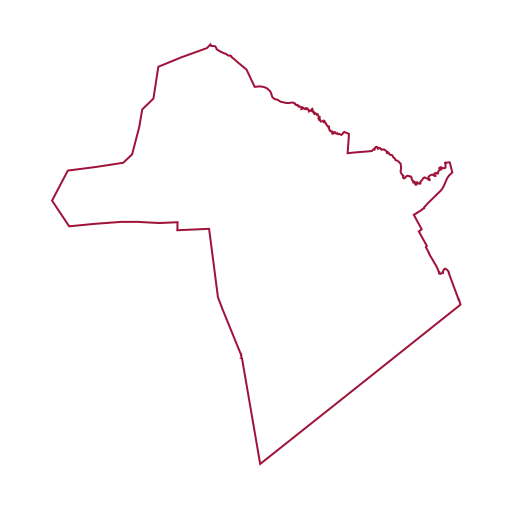 the district of Aa en Hunze, Drenthe, Netherlands, rotated 95°
{"feature_id": "6326949B44247735625274", "entity_name": "Aa en Hunze", "entity_type": "district", "adm_level": 2, "iso_a3": "NLD", "parent_name": "Netherlands", "parent_adm1": "Drenthe", "projection": "orthographic", "projection_center": [6.676, 52.981], "detail": "fine", "context": "isolated", "style": "outline", "palette": "rose", "viewbox_px": 512, "rotation_deg": 95, "n_neighbors": 0, "source": "geoboundaries", "source_scale": "gbopen_adm2", "svg_char_len": 5861}
<svg xmlns="http://www.w3.org/2000/svg" viewBox="0 0 512 512"><g transform="rotate(95 256 256)"><path d="M380.4,146.7L286.6,48.0L281.5,50.2L281.7,50.4L256.1,62.5L255.7,62.6L255.4,62.4L253.2,64.2L252.5,65.7L252.1,66.5L252.4,67.1L255.2,68.6L255.8,68.5L256.2,68.2L256.6,68.2L256.8,68.6L257.2,69.8L257.5,70.2L257.7,70.7L257.7,71.5L257.5,72.0L257.2,72.2L256.5,71.7L256.3,71.8L256.0,71.9L255.8,72.5L255.5,72.8L254.7,73.0L252.8,74.0L251.3,75.0L250.5,75.4L239.4,83.3L238.2,84.0L238.0,83.9L232.3,87.6L231.1,86.7L217.4,95.9L214.9,93.3L201.2,102.4L199.3,99.6L199.1,99.4L199.0,99.5L196.6,96.1L194.9,94.4L194.0,92.8L193.6,93.1L193.3,93.0L188.8,89.7L175.3,78.1L172.9,76.4L169.9,75.0L162.3,72.5L159.6,71.1L157.8,69.7L155.7,67.7L145.9,71.1L146.0,72.7L146.5,74.4L146.3,75.3L146.8,75.9L147.0,75.9L147.9,75.3L148.6,75.0L149.5,75.1L151.4,74.9L151.7,75.1L152.1,76.1L152.1,76.4L152.1,77.5L152.4,78.6L152.1,79.0L151.5,79.1L151.4,79.4L151.7,80.4L152.1,80.9L152.7,81.1L153.0,80.8L153.1,80.3L153.0,79.0L153.0,78.8L153.2,78.7L153.6,79.1L153.8,79.8L154.3,80.4L155.6,81.7L156.2,81.9L157.8,81.8L158.1,82.4L158.1,82.8L158.0,83.2L157.5,83.8L157.5,84.0L158.1,84.9L158.2,85.4L159.4,85.5L159.8,84.8L160.3,84.2L160.6,84.2L160.6,84.4L160.6,84.8L160.4,85.8L159.5,87.6L159.7,88.1L160.2,89.0L160.5,89.6L161.8,90.9L162.2,91.0L163.5,90.7L164.0,90.4L164.6,89.7L165.0,89.5L165.3,89.8L165.1,90.3L164.8,90.9L163.8,92.0L163.6,93.6L163.0,94.8L163.1,95.2L164.1,96.4L165.7,97.1L167.8,98.8L168.1,98.8L169.2,98.4L169.4,98.5L169.8,99.7L169.5,100.7L168.5,101.6L168.7,102.9L169.0,103.3L169.4,103.3L169.6,102.9L169.5,102.7L169.9,102.3L170.8,102.3L171.0,102.6L171.1,103.1L170.8,103.5L170.0,103.9L168.6,104.3L168.6,104.7L169.0,105.0L169.2,105.5L169.1,105.8L168.6,106.0L167.7,105.7L167.4,106.0L167.0,106.9L166.7,107.2L165.6,107.7L164.4,107.7L163.1,109.1L163.1,109.3L163.3,109.7L163.4,110.1L162.9,111.3L162.8,112.0L163.6,113.1L164.0,113.9L164.8,114.0L165.8,115.0L165.7,115.7L165.4,116.1L165.0,116.4L164.6,116.5L163.1,116.3L162.5,117.2L161.6,118.0L160.5,118.9L159.8,119.2L158.1,119.3L155.7,119.1L151.6,119.9L151.3,120.1L150.8,120.9L149.8,121.8L148.8,123.4L148.5,124.5L148.4,125.2L147.6,125.8L146.6,126.3L146.0,127.5L145.4,128.1L144.1,128.7L143.6,129.5L143.4,131.4L143.3,131.8L143.0,132.0L142.2,132.3L141.2,133.3L141.1,133.6L141.8,134.0L142.1,134.2L142.1,134.4L142.0,134.6L141.9,134.7L141.0,134.7L140.7,134.8L139.8,135.7L139.5,136.5L138.7,137.7L138.6,137.9L138.7,138.3L139.0,138.9L138.7,140.1L139.1,140.4L138.8,140.8L137.6,142.0L137.9,143.0L138.5,143.6L138.6,143.8L138.2,144.1L138.0,143.9L137.8,143.6L137.6,143.6L137.4,144.1L137.6,144.3L137.6,144.5L136.9,144.8L136.7,145.1L136.7,145.4L137.1,146.2L137.7,146.6L137.8,146.9L139.8,147.2L139.9,147.4L139.7,147.7L139.8,147.7L139.5,147.8L139.8,148.4L140.5,149.2L141.3,149.7L141.9,152.7L144.0,165.4L145.6,173.7L130.3,173.9L126.4,174.1L126.5,174.4L126.4,174.6L125.6,175.7L125.2,177.7L124.7,178.7L124.9,179.3L125.5,179.6L126.1,180.1L127.0,180.5L128.0,181.5L127.4,182.7L127.1,184.0L127.2,184.3L127.5,184.6L127.5,184.8L126.5,185.9L127.1,186.4L127.0,187.0L126.6,187.8L125.8,188.2L125.7,188.4L125.8,189.0L126.1,189.4L126.7,189.3L127.0,189.2L127.5,190.1L127.5,190.6L127.2,190.8L126.6,190.4L125.8,190.4L125.4,190.7L125.2,191.1L125.2,191.5L125.4,192.1L124.7,192.5L124.7,193.5L123.3,193.9L122.6,194.6L121.5,194.4L120.5,194.7L120.4,194.9L120.7,195.4L120.8,195.7L120.6,196.0L119.0,197.1L118.3,197.9L117.6,198.1L117.1,198.6L116.6,198.8L116.5,199.3L116.2,199.6L115.4,199.7L115.2,200.3L115.3,200.4L115.8,200.3L116.1,200.0L116.6,200.2L116.2,200.7L116.1,201.1L115.7,201.0L116.2,202.4L116.3,202.6L116.2,203.0L116.3,203.3L115.2,204.0L115.1,204.3L114.7,204.8L114.8,205.1L114.7,205.2L114.1,205.0L113.7,205.5L113.4,204.9L113.4,204.7L112.5,205.4L112.4,205.3L112.3,204.9L112.0,204.8L112.0,205.6L110.2,206.4L109.5,206.9L110.0,207.7L109.1,208.2L109.1,209.1L108.7,209.1L108.5,209.9L108.6,210.2L109.3,210.3L109.2,210.6L108.7,210.8L107.5,210.9L107.4,211.1L107.4,212.0L107.2,212.4L106.6,212.7L106.4,213.0L105.5,212.7L105.4,212.3L104.5,212.7L104.4,212.8L104.6,213.0L105.7,213.2L106.5,214.0L106.2,214.5L106.6,214.8L106.6,215.1L107.3,215.8L107.0,215.9L106.5,215.7L105.8,216.6L105.5,217.5L105.4,217.6L105.1,217.6L104.8,217.4L104.5,217.5L104.7,218.1L105.3,218.7L105.4,218.9L105.2,219.3L104.8,219.0L104.3,219.2L104.3,219.4L104.5,219.7L105.3,220.2L105.4,220.4L105.3,220.8L104.8,221.3L104.5,222.1L104.1,222.1L103.9,222.6L104.3,222.8L104.7,222.8L105.4,223.0L105.6,223.2L105.7,223.6L104.0,223.4L103.8,223.5L103.7,224.6L103.4,225.2L103.5,225.7L102.9,226.0L102.7,226.4L102.7,226.8L103.0,226.9L103.1,227.0L102.7,227.4L102.0,227.6L101.8,228.3L102.2,228.9L102.2,229.1L101.1,230.5L100.7,230.4L100.6,230.5L100.2,231.8L100.0,232.7L100.1,234.3L100.8,236.7L100.8,237.4L100.9,238.1L100.8,240.5L100.7,241.3L100.5,241.8L100.3,244.2L100.1,245.0L99.6,246.1L98.6,247.8L98.4,248.4L98.2,250.2L98.0,251.0L97.6,251.9L97.1,252.6L96.4,253.4L95.6,253.9L92.4,255.2L91.0,256.0L90.0,257.0L89.5,257.7L88.3,259.3L87.6,260.6L87.0,263.0L86.8,264.4L86.7,265.9L86.9,268.5L87.6,271.8L87.4,271.9L87.4,272.2L71.1,281.7L64.7,291.0L62.1,294.5L60.0,297.7L59.6,297.7L59.1,298.0L59.1,298.5L58.7,298.9L58.5,299.4L58.7,300.0L58.7,300.4L58.8,300.8L58.6,301.0L57.9,302.7L57.6,302.8L57.2,304.1L56.9,304.5L57.0,304.8L56.9,305.3L56.5,306.4L56.5,306.7L56.3,307.0L55.9,308.0L55.7,308.2L55.7,309.0L55.0,310.0L54.8,310.7L54.6,311.0L53.6,313.2L53.3,313.3L53.0,313.2L50.7,314.9L50.6,315.3L50.5,317.6L50.7,318.9L49.2,319.9L53.1,322.9L64.4,347.3L76.0,369.8L108.1,371.9L119.9,382.1L137.9,383.6L165.6,388.3L174.7,396.4L181.3,423.4L187.3,450.9L218.6,464.0L242.7,444.7L238.1,419.9L233.7,393.0L232.3,376.4L231.6,355.3L229.2,337.1L237.2,336.6L233.0,305.1L300.5,290.3L312.2,284.6L354.1,263.1L354.6,262.8L354.6,262.7L354.7,262.4L356.0,262.1L356.1,262.3L358.0,261.6L359.0,261.3L359.1,261.5L359.3,261.0L462.8,233.7L380.4,146.7Z" fill="none" stroke="#9f1239" stroke-width="2"/></g></svg>